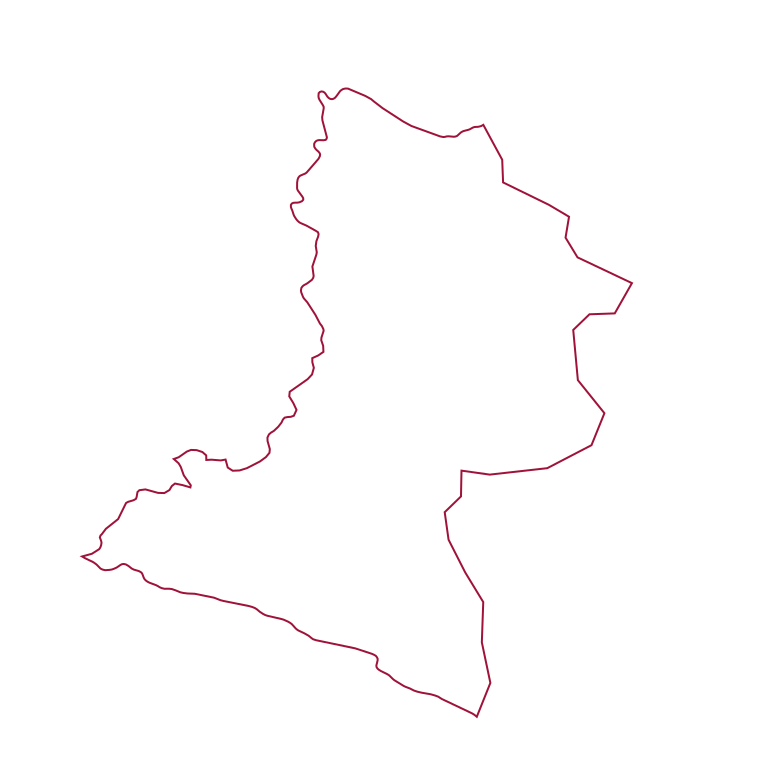 Amoron'i Mania, Equal Earth projection, rotated 292°
{"feature_id": "MDG-5861", "entity_name": "Amoron'i Mania", "entity_type": "Autonomous Province", "adm_level": 1, "iso_a3": "MDG", "parent_name": "Madagascar", "parent_adm1": "", "projection": "equal_earth", "projection_center": [46.639, -20.465], "detail": "fine", "context": "isolated", "style": "outline", "palette": "rose", "viewbox_px": 768, "rotation_deg": 292, "n_neighbors": 0, "source": "natural_earth", "source_scale": "10m", "svg_char_len": 4030}
<svg xmlns="http://www.w3.org/2000/svg" viewBox="0 0 768 768"><g transform="rotate(292 384 384)"><path d="M111.0,168.7L117.2,176.8L124.2,181.8L126.2,182.2L128.6,182.1L130.9,181.6L132.6,180.5L135.3,178.0L137.3,177.9L139.3,178.7L145.6,180.4L159.2,188.1L177.0,189.4L178.8,190.8L182.4,195.3L184.5,197.0L186.4,197.0L191.5,195.9L193.9,197.0L196.9,202.3L198.4,215.3L200.6,221.2L205.3,224.8L209.9,225.5L213.4,227.5L214.8,235.1L215.6,243.2L217.7,242.8L224.3,232.6L231.0,226.6L233.6,223.2L235.7,217.2L239.2,221.1L247.5,226.5L250.6,229.8L252.5,235.1L252.9,241.1L251.2,245.9L247.0,247.7L249.2,252.4L252.0,261.3L254.6,265.4L248.0,270.4L246.9,276.2L249.7,282.4L254.6,288.4L265.7,298.0L272.0,301.9L277.3,303.6L280.9,302.5L287.5,297.4L290.7,296.0L294.1,296.2L296.7,297.5L299.0,299.3L304.6,301.9L309.8,303.4L313.2,303.6L315.6,304.5L317.2,306.9L318.6,309.8L320.8,312.3L327.2,312.6L332.4,307.0L337.0,300.8L341.5,299.5L359.9,311.4L365.9,313.7L372.7,312.9L377.2,309.5L381.1,307.8L385.8,312.3L391.1,315.8L396.6,313.3L401.1,309.4L403.7,308.6L410.7,308.1L412.2,307.2L413.3,306.0L414.4,304.8L416.1,301.9L422.4,294.5L431.0,282.3L433.4,277.6L434.4,276.3L438.0,272.9L439.7,271.9L442.3,271.4L444.1,271.9L445.4,272.6L448.5,275.1L453.7,278.2L455.9,278.6L457.8,278.3L466.1,273.6L478.8,272.8L481.0,272.3L486.4,269.0L491.2,267.8L496.0,267.7L498.5,267.2L500.0,265.9L500.4,263.9L501.8,252.8L502.0,246.1L502.4,244.1L503.1,242.4L504.0,240.8L505.9,238.1L507.0,236.9L510.6,233.9L511.8,232.6L513.2,231.4L515.1,230.6L516.7,230.9L517.9,231.9L518.7,233.4L519.5,235.4L520.7,237.4L522.8,239.5L524.6,240.1L526.0,239.5L527.0,238.3L531.1,231.7L531.8,230.9L532.9,230.1L538.2,228.0L541.3,227.3L543.4,227.3L545.2,227.9L546.4,228.9L549.8,232.3L551.2,233.1L568.2,238.9L571.1,239.2L573.1,238.7L574.2,237.5L575.0,235.9L575.6,234.1L576.5,232.2L577.8,230.5L580.4,229.3L582.2,229.4L583.9,230.1L585.0,231.1L585.9,232.6L587.3,236.5L588.5,238.5L590.0,238.9L591.4,238.6L605.3,228.2L608.2,226.7L616.7,224.9L618.3,224.3L619.4,223.2L623.3,217.8L624.6,216.4L626.3,215.4L629.1,214.5L630.7,215.1L631.8,216.4L632.2,218.0L631.9,219.8L631.1,221.2L629.2,223.9L628.5,225.5L628.2,227.3L628.6,229.0L629.5,230.3L630.9,231.3L632.8,232.0L639.2,233.6L640.6,234.4L641.9,235.3L642.9,236.6L643.6,237.7L644.4,240.0L644.1,258.6L643.3,265.4L642.1,269.0L639.2,279.5L634.6,303.3L633.5,312.8L634.6,343.3L635.2,346.5L636.0,348.0L637.0,349.3L637.8,350.9L639.5,356.4L640.4,357.8L641.5,358.9L645.9,361.0L647.3,362.0L648.4,363.1L651.3,367.0L652.4,368.2L654.9,370.2L656.0,371.4L656.8,372.9L657.5,374.5L658.5,376.1L659.7,377.6L661.5,379.0L636.2,409.6L615.5,418.9L611.9,469.8L608.4,492.9L587.7,497.5L573.9,516.0L570.4,576.1L535.9,571.5L525.6,548.4L505.0,539.2L460.2,562.3L439.5,599.3L405.0,599.3L367.1,566.9L339.6,516.0L332.7,488.3L308.6,497.5L287.9,488.3L263.8,502.2L239.7,529.9L219.0,557.7L181.1,571.5L146.7,594.6L110.2,594.7L110.8,592.9L111.3,591.0L111.6,589.1L113.6,555.6L114.4,551.4L114.3,548.0L113.8,543.4L111.9,534.6L111.2,530.0L111.0,526.6L111.4,522.1L111.3,517.6L111.4,515.5L113.2,504.8L113.7,503.0L115.1,499.6L115.8,497.9L116.2,495.8L116.7,488.7L117.1,486.4L117.7,484.6L118.7,483.2L120.0,482.4L125.4,481.6L126.9,481.0L128.0,479.8L128.9,478.2L129.2,476.1L129.3,473.8L128.1,456.3L121.0,417.0L120.8,413.7L121.3,411.8L121.9,410.0L122.4,408.1L123.0,403.6L123.4,396.8L123.8,395.1L124.2,393.9L126.9,388.3L127.4,386.3L127.7,384.2L127.9,379.4L127.7,377.1L125.4,362.5L125.3,360.3L125.5,358.1L126.3,354.1L127.5,350.4L127.9,348.3L127.9,345.4L127.5,341.8L122.7,316.4L122.3,313.4L122.2,306.4L118.6,287.1L116.2,280.4L115.1,276.3L114.6,273.3L114.6,267.8L114.4,264.1L113.6,261.2L111.9,257.2L111.5,254.6L111.5,252.3L111.9,250.2L112.1,248.1L111.9,241.1L112.1,238.8L112.6,236.8L113.3,235.2L114.3,233.9L116.6,231.8L117.8,230.6L118.5,228.9L118.7,226.7L118.2,221.5L118.4,219.2L119.6,215.1L120.0,212.3L119.7,210.3L118.9,208.7L117.7,207.6L113.7,204.9L111.4,202.7L110.0,201.1L108.7,198.9L106.9,195.2L106.5,192.4L106.7,190.2L108.9,185.2L109.4,183.3L109.9,181.2L110.5,172.0L111.0,168.7Z" fill="none" stroke="#9f1239" stroke-width="2"/></g></svg>